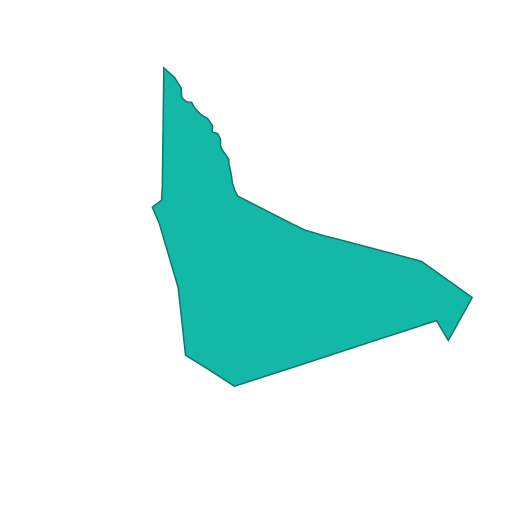 Cachoeirinha, Pernambuco, Brazil (orthographic projection), rotated 134°
{"feature_id": "56859067B81048924714612", "entity_name": "Cachoeirinha", "entity_type": "district", "adm_level": 2, "iso_a3": "BRA", "parent_name": "Brazil", "parent_adm1": "Pernambuco", "projection": "orthographic", "projection_center": [-36.305, -8.498], "detail": "fine", "context": "isolated", "style": "filled", "palette": "teal", "viewbox_px": 512, "rotation_deg": 134, "n_neighbors": 0, "source": "geoboundaries", "source_scale": "gbopen_adm2", "svg_char_len": 743}
<svg xmlns="http://www.w3.org/2000/svg" viewBox="0 0 512 512"><g transform="rotate(134 256 256)"><path d="M376.3,237.8L370.7,211.7L364.7,181.1L329.1,162.1L323.3,158.9L312.6,153.2L290.3,141.4L234.3,111.8L177.1,81.3L183.2,59.0L148.0,68.3L135.7,71.7L144.9,133.2L154.4,150.4L188.7,211.7L193.6,220.1L197.9,228.3L203.4,238.7L205.4,245.2L208.1,253.3L225.6,310.8L223.5,316.8L220.1,323.4L214.6,330.4L208.6,339.3L205.2,343.0L204.2,348.0L203.1,353.6L201.5,358.1L196.6,362.6L194.5,368.7L197.4,373.7L192.4,377.7L190.7,386.5L192.6,393.5L192.1,403.1L190.2,409.0L193.4,413.1L193.6,419.5L187.2,426.5L184.2,438.3L184.7,453.0L271.7,371.1L281.5,362.7L292.9,364.5L299.9,348.0L332.8,290.0L376.3,237.8Z" fill="#14b8a6" stroke="#0f766e" stroke-width="1.5"/></g></svg>